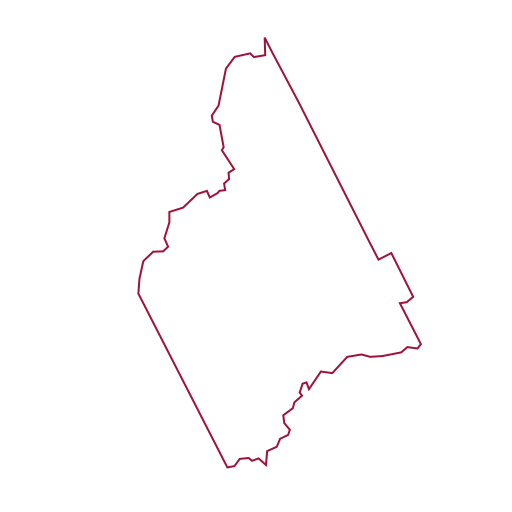 Colusa, California, United States of America, rotated 63°
{"feature_id": "52423323B21715725601403", "entity_name": "Colusa", "entity_type": "district", "adm_level": 2, "iso_a3": "USA", "parent_name": "United States of America", "parent_adm1": "California", "projection": "orthographic", "projection_center": [-122.228, 39.169], "detail": "fine", "context": "isolated", "style": "outline", "palette": "rose", "viewbox_px": 512, "rotation_deg": 63, "n_neighbors": 0, "source": "geoboundaries", "source_scale": "gbopen_adm2", "svg_char_len": 1021}
<svg xmlns="http://www.w3.org/2000/svg" viewBox="0 0 512 512"><g transform="rotate(63 256 256)"><path d="M83.0,149.1L65.3,149.1L81.2,156.6L77.8,167.6L72.8,169.2L68.9,184.6L75.4,197.7L105.0,221.1L110.9,231.7L116.8,233.5L122.6,229.0L144.3,235.4L146.3,238.4L168.7,236.0L169.3,242.6L175.2,245.1L176.9,251.5L183.3,253.6L181.3,259.1L182.5,261.5L182.9,270.6L175.7,270.2L174.1,279.9L179.8,299.1L177.4,313.2L186.7,317.9L198.6,329.6L207.8,330.1L209.7,336.7L205.5,345.6L209.4,358.7L223.4,370.2L236.1,377.9L431.4,377.5L433.4,370.6L429.4,362.6L432.6,354.3L436.7,352.5L437.5,345.6L446.7,342.0L434.9,334.6L435.4,324.1L429.8,317.5L430.0,308.6L426.2,304.7L417.8,306.7L410.3,304.0L408.3,292.2L403.8,288.2L401.3,278.4L397.5,279.1L390.9,272.4L391.6,268.4L398.7,269.3L388.4,250.6L395.0,241.2L387.3,220.5L391.6,206.8L397.7,200.0L402.5,188.9L407.8,170.4L405.9,162.5L411.7,154.1L409.4,149.1L363.4,149.2L365.6,142.7L363.7,134.5L314.8,134.1L314.8,148.5L293.2,148.6L138.5,148.2L83.0,149.1Z" fill="none" stroke="#9f1239" stroke-width="2"/></g></svg>